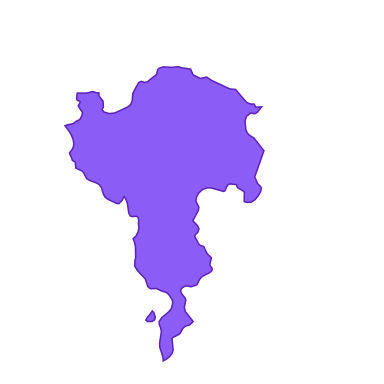 the border of Gerona, rotated 244°
{"feature_id": "ESP-5820", "entity_name": "Gerona", "entity_type": "Autonomous Community", "adm_level": 1, "iso_a3": "ESP", "parent_name": "Spain", "parent_adm1": "", "projection": "orthographic", "projection_center": [2.529, 42.07], "detail": "fine", "context": "isolated", "style": "filled", "palette": "violet", "viewbox_px": 384, "rotation_deg": 244, "n_neighbors": 0, "source": "natural_earth", "source_scale": "10m", "svg_char_len": 3033}
<svg xmlns="http://www.w3.org/2000/svg" viewBox="0 0 384 384"><g transform="rotate(244 192 192)"><path d="M52.8,92.1L55.9,93.4L66.7,95.0L70.3,96.6L80.0,103.3L84.0,104.3L87.3,104.5L90.0,105.7L92.3,109.7L94.5,118.5L96.1,122.1L99.5,125.1L101.6,126.5L104.0,126.9L108.5,126.4L111.4,125.7L113.4,124.4L116.3,121.3L120.5,118.1L121.3,116.8L122.7,113.3L123.5,112.1L126.3,110.8L134.4,111.9L145.2,108.5L150.6,108.0L155.5,110.7L157.5,112.5L167.6,117.2L173.0,118.4L175.8,118.6L177.0,122.4L179.8,126.0L183.1,128.7L186.3,129.6L189.8,131.6L191.8,132.2L193.6,132.2L194.8,131.0L196.2,127.2L197.6,126.0L200.9,125.9L208.9,128.6L212.7,129.3L217.4,129.1L217.3,128.0L215.1,125.6L213.6,121.1L214.9,119.1L222.2,113.3L225.3,111.7L228.9,111.4L235.7,112.5L239.3,111.9L242.0,110.1L247.3,105.0L250.0,103.3L252.8,103.0L255.8,103.1L258.7,102.6L264.4,98.1L270.0,100.2L272.9,98.3L274.8,98.7L279.9,98.8L281.0,99.1L282.1,101.7L283.5,103.9L285.2,105.6L287.3,106.9L290.9,108.1L295.3,108.5L299.8,108.3L307.3,106.9L306.9,110.1L305.5,115.1L306.3,118.8L306.3,122.8L308.6,126.2L311.5,128.5L315.4,127.8L319.4,127.6L321.7,130.8L322.9,130.8L324.8,129.0L327.0,129.4L331.2,132.2L327.2,140.5L326.6,142.8L326.0,146.4L324.7,148.1L323.2,149.4L321.9,151.8L319.1,150.5L312.7,151.9L307.2,149.6L305.7,147.3L302.5,148.0L298.8,152.0L296.9,157.1L296.7,165.4L296.6,171.2L297.6,175.4L300.5,178.4L306.5,182.0L309.9,186.5L313.8,192.2L313.6,195.1L311.3,197.4L310.6,200.5L311.6,204.2L312.6,209.0L312.8,210.6L313.5,211.9L316.8,214.6L317.7,216.3L317.1,220.9L312.9,228.5L310.7,234.5L307.9,237.6L303.0,244.7L297.1,244.2L290.5,249.2L288.8,255.6L283.8,258.5L268.2,271.0L265.1,276.1L259.5,277.5L255.3,278.6L250.7,279.8L248.8,280.4L248.0,280.9L245.3,283.4L244.8,284.4L244.1,286.1L242.5,286.5L240.4,286.4L238.0,291.9L234.9,285.4L234.7,283.2L235.2,282.1L236.8,280.2L237.2,279.1L236.1,274.1L232.6,270.8L224.5,267.7L221.4,267.5L218.6,268.1L213.2,271.4L197.5,274.7L178.1,255.0L170.7,254.7L166.6,256.1L165.1,256.0L162.2,253.8L159.4,249.7L157.3,244.8L156.9,240.4L158.5,237.0L159.7,235.3L160.8,234.8L168.7,238.9L170.5,238.4L176.0,234.8L179.2,235.1L182.6,229.7L182.7,227.3L180.9,224.7L179.4,223.3L178.6,222.0L178.7,220.6L187.3,210.9L189.1,207.5L189.6,202.6L188.2,197.7L185.4,193.7L182.1,191.5L175.2,191.5L172.7,189.7L165.8,180.2L159.1,182.2L155.7,182.1L153.3,179.7L152.0,176.2L150.9,175.0L142.4,175.2L140.4,176.1L138.4,178.1L137.7,178.6L129.8,178.6L124.6,180.5L123.7,180.1L119.2,176.3L117.9,176.0L114.9,176.6L113.5,176.3L112.3,174.8L111.8,172.6L111.6,165.0L111.0,162.3L110.1,160.5L106.6,156.0L106.4,155.1L107.3,149.4L109.8,146.3L110.4,144.4L110.3,142.0L109.9,140.6L109.4,139.5L108.6,138.8L107.5,138.3L105.1,138.1L100.1,139.3L97.6,139.1L91.6,134.5L87.4,133.6L75.0,136.3L73.5,131.4L74.0,129.5L74.2,127.7L74.0,125.9L73.4,124.0L70.4,119.9L69.7,118.1L69.7,111.2L69.1,109.9L57.9,105.6L55.5,103.1L53.9,99.8L53.0,96.0L52.8,92.1ZM97.1,94.3L98.8,96.8L100.6,100.8L102.5,104.2L101.9,104.4L100.1,104.8L99.7,104.8L95.7,104.2L93.5,102.4L93.1,99.4L95.1,95.2L97.1,94.3Z" fill="#8b5cf6" stroke="#5b21b6" stroke-width="1.5"/></g></svg>